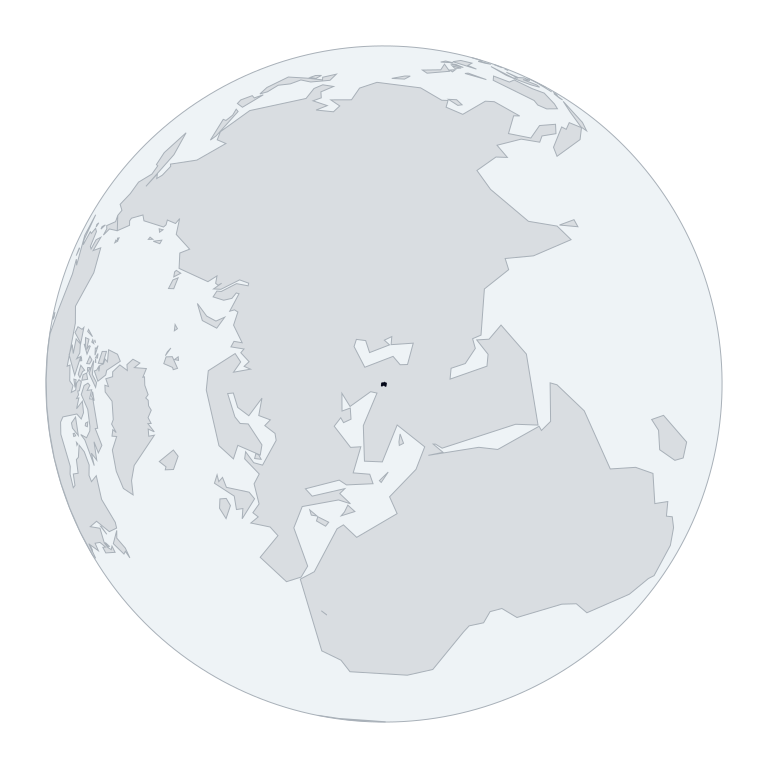 the Earth from above Shirak, rotated 284°
{"feature_id": "ARM-1555", "entity_name": "Shirak", "entity_type": "Province", "adm_level": 1, "iso_a3": "ARM", "parent_name": "Armenia", "parent_adm1": "", "projection": "orthographic", "projection_center": [43.928, 40.787], "detail": "fine", "context": "on_globe", "style": "filled", "palette": "ink", "viewbox_px": 768, "rotation_deg": 284, "n_neighbors": 0, "source": "natural_earth", "source_scale": "10m", "svg_char_len": 11443}
<svg xmlns="http://www.w3.org/2000/svg" viewBox="0 0 768 768"><g transform="rotate(284 384 384)"><circle cx="384" cy="384" r="338" fill="#eef3f6" stroke="#a8b0b8"/><path d="M332.4,50.0L333.3,49.9L345.0,48.5L351.9,47.8L377.8,50.2L415.5,55.1L430.7,55.3L424.8,57.0L455.9,57.7L478.5,63.3L450.9,58.0L446.4,58.5L460.7,62.2L459.3,63.6L465.3,66.5L462.3,68.1L446.4,65.8L444.2,67.1L454.4,69.8L457.9,73.8L443.1,69.5L447.6,76.2L421.8,75.5L384.9,65.8L368.4,69.8L324.6,72.3L326.4,74.7L311.0,78.3L307.3,82.6L300.2,82.6L303.5,86.3L310.6,85.5L314.4,87.0L313.0,89.8L303.7,90.0L303.1,88.6L299.5,90.2L295.5,89.2L296.7,91.3L285.6,91.7L294.3,95.5L283.5,99.4L276.8,98.7L280.6,93.2L274.4,80.4L268.8,79.4L257.0,82.6L228.2,99.5L220.6,101.2L208.2,107.6L210.8,108.7L221.5,104.3L223.4,108.8L236.3,103.8L238.9,105.2L250.9,103.0L245.7,109.6L234.1,117.5L223.9,119.9L218.5,123.8L225.4,127.0L203.7,137.9L184.8,156.7L179.5,159.4L174.3,153.2L181.3,138.3L174.5,133.5L175.3,143.3L162.2,151.0L158.6,155.5L157.3,159.4L160.9,159.3L155.6,163.8L152.8,154.9L157.5,150.7L158.4,153.3L161.6,146.7L159.6,142.2L153.1,147.2L157.0,137.5L152.4,141.2L150.6,141.7L157.7,136.2L145.1,146.4L147.2,142.9L166.7,125.2L187.5,109.1L209.5,94.6L232.5,81.9L256.5,71.1L281.2,62.1L306.6,55.1L332.4,50.0ZM46.5,400.0L48.4,420.2L53.6,449.7L56.3,465.4L56.5,467.3L49.8,433.9L46.5,400.0ZM336.6,49.4L343.8,48.5L355.3,47.5L345.3,48.4L335.4,49.6L336.6,49.4ZM374.2,47.3L369.1,47.7L366.3,47.0L370.1,47.0L374.2,47.3ZM442.0,55.8L434.1,54.3L442.2,55.4L442.0,55.8ZM466.7,66.7L469.4,66.8L471.4,68.3L466.7,66.7ZM253.0,99.7L251.9,101.3L250.3,100.9L253.0,99.7ZM259.2,97.4L258.0,95.7L260.7,94.4L261.4,95.5L259.2,97.4ZM468.6,72.4L471.0,75.2L465.8,71.9L468.6,72.4ZM260.0,99.9L265.8,92.4L270.6,90.2L277.3,92.7L260.0,99.9ZM470.6,76.6L476.6,84.3L483.2,84.9L468.2,88.1L468.0,80.1L460.6,75.7L467.5,77.5L470.6,76.6ZM313.6,84.2L305.9,85.0L313.7,81.9L313.6,84.2ZM317.6,81.8L336.2,71.4L346.8,72.0L338.4,75.1L353.3,74.4L349.4,79.7L340.4,81.3L334.2,79.7L337.4,83.1L317.6,81.8ZM458.9,89.1L458.0,90.9L455.9,88.6L458.9,89.1ZM316.6,87.4L319.4,85.0L328.8,85.3L324.9,90.2L323.1,88.5L316.6,87.4ZM359.2,71.8L365.5,73.2L364.0,77.8L366.3,79.1L350.2,79.9L359.2,71.8ZM320.2,89.8L322.7,92.7L316.9,95.3L314.5,89.9L320.2,89.8ZM332.9,83.4L337.2,83.8L333.5,85.1L332.9,83.4ZM297.7,106.8L300.9,103.4L306.1,103.1L297.7,106.8ZM324.0,93.7L326.0,92.8L328.4,92.5L328.8,95.0L324.0,93.7ZM350.4,83.3L348.4,85.1L356.8,83.2L356.1,86.9L345.5,87.0L349.8,88.6L349.6,89.8L341.2,88.6L350.4,83.3ZM336.4,96.6L322.7,98.7L315.7,104.8L310.9,105.0L323.0,95.3L336.4,96.6ZM339.9,91.9L336.7,94.8L332.3,93.4L331.9,90.6L339.9,91.9ZM359.4,89.7L363.3,83.8L365.5,84.1L359.4,89.7ZM335.2,98.6L338.6,98.1L335.2,99.1L335.2,98.6ZM353.0,92.6L354.0,90.3L356.5,90.7L353.0,92.6ZM344.4,99.1L339.9,99.7L339.5,97.7L344.4,99.1ZM349.0,96.3L352.1,97.3L342.0,96.6L349.1,95.2L349.0,96.3ZM355.1,93.2L356.9,92.7L354.3,94.1L355.1,93.2ZM348.5,106.8L335.9,106.4L335.0,101.8L347.4,102.7L348.5,106.8ZM107.1,477.1L96.6,420.6L105.6,409.1L110.0,388.2L174.4,350.0L185.0,361.8L232.2,373.5L237.5,378.7L228.6,394.6L261.4,428.1L275.9,416.7L308.9,435.7L332.9,438.7L347.4,406.7L308.0,401.2L304.4,383.7L338.6,374.0L373.5,379.4L373.3,372.9L354.0,356.5L364.8,345.4L347.6,349.8L352.5,357.1L341.9,360.5L336.7,354.1L340.8,350.2L331.0,345.9L314.4,366.9L317.5,376.7L290.3,375.6L293.0,392.0L284.6,397.5L277.0,372.0L279.9,363.8L263.3,333.1L257.8,341.4L273.0,371.3L267.0,367.6L259.7,380.4L260.5,367.9L245.3,334.3L222.6,331.3L188.8,354.0L176.6,350.3L168.6,337.2L185.9,305.8L211.2,317.8L217.7,308.1L216.9,288.4L224.6,294.1L227.4,287.9L237.4,291.8L255.7,282.1L266.5,284.7L277.7,266.9L284.8,266.1L276.1,276.6L275.9,285.8L303.2,293.0L309.7,290.2L314.8,278.4L321.7,282.4L323.1,270.1L340.8,269.0L320.5,260.5L325.9,247.7L338.8,240.0L336.9,234.6L316.0,247.3L310.9,254.0L312.4,261.9L295.4,280.3L285.1,281.1L289.1,257.0L274.9,256.0L284.2,238.8L335.2,213.0L354.4,210.3L377.5,232.2L370.7,239.6L359.0,235.1L366.1,250.9L367.3,244.0L373.0,247.7L379.7,237.5L384.1,239.7L383.0,226.5L389.1,228.1L389.7,236.4L404.7,223.8L418.5,224.8L419.8,221.0L417.3,216.7L436.5,221.5L436.6,218.6L430.3,215.7L426.5,208.2L427.2,197.1L433.8,199.4L434.4,203.7L445.7,216.6L446.4,228.4L449.1,228.3L450.1,218.7L436.4,202.8L435.0,195.6L442.5,202.1L439.7,199.1L441.0,196.3L448.5,195.8L440.7,188.4L446.6,157.2L461.7,154.2L467.8,162.8L478.9,146.2L495.1,145.7L489.3,142.9L490.7,134.1L485.7,134.0L483.0,132.1L484.3,111.6L489.7,109.2L483.8,98.9L480.8,97.7L476.4,98.7L468.2,88.1L483.2,84.9L489.1,87.7L494.5,84.5L507.4,91.8L520.5,97.0L531.5,108.0L540.9,111.7L541.9,110.1L555.4,114.8L579.9,131.2L555.7,124.7L518.2,105.2L533.1,113.3L528.4,113.8L533.0,118.4L543.6,124.4L545.7,123.6L556.0,148.3L579.1,172.4L580.6,163.1L589.2,164.2L616.8,187.6L642.2,239.3L653.8,244.6L659.5,252.2L660.5,263.1L652.2,252.1L646.5,253.9L641.6,246.6L640.4,261.6L633.4,251.8L635.9,269.1L643.1,273.8L646.8,263.6L651.9,283.7L665.2,288.7L675.0,304.2L680.2,347.9L673.3,371.4L674.6,377.5L667.6,377.3L664.7,395.2L682.9,413.9L684.6,422.7L676.9,450.8L675.6,444.9L657.1,444.2L658.2,467.0L672.4,472.4L677.5,487.6L668.5,490.3L662.9,477.3L656.3,476.6L654.8,457.9L643.0,435.9L633.7,448.9L631.3,437.7L613.7,422.5L598.6,440.3L576.8,484.8L579.1,513.8L569.3,530.6L544.5,498.0L535.1,471.2L525.1,477.3L500.5,458.4L454.9,466.3L449.4,459.0L440.6,464.0L423.5,457.9L415.5,445.3L404.7,446.9L426.2,479.6L438.0,477.8L449.2,463.3L452.9,475.1L469.5,483.3L447.5,514.9L381.4,543.4L376.8,521.5L335.8,455.9L338.1,448.6L338.0,447.8L337.6,446.2L332.0,457.8L325.5,444.3L345.5,491.3L348.0,510.2L380.5,544.7L377.0,548.0L388.0,554.7L425.3,544.9L425.1,552.0L406.4,584.8L356.3,624.1L364.0,648.3L362.3,666.6L333.5,675.7L338.6,687.8L324.1,690.0L324.9,695.8L314.7,699.7L296.7,700.9L263.4,692.4L259.2,687.6L239.4,672.9L211.1,636.2L217.3,623.8L213.4,609.8L189.6,569.5L194.7,552.7L188.8,542.0L176.4,538.4L169.9,525.1L162.6,521.1L118.8,500.4L107.1,477.1ZM148.8,378.0L146.3,384.0L146.2,384.0L148.8,378.0ZM408.6,402.1L430.7,402.5L423.9,381.4L431.9,380.1L426.6,373.7L423.3,379.9L411.0,362.4L421.7,355.7L420.6,346.4L413.1,345.9L395.6,361.3L413.0,386.1L406.6,395.0L408.6,402.1ZM162.4,151.5L162.5,152.4L160.1,156.8L159.2,155.7L162.4,151.5ZM162.2,172.7L153.8,179.5L159.1,173.5L156.1,172.8L163.6,160.0L177.3,160.1L169.8,162.0L162.2,172.7ZM177.4,144.0L171.1,151.4L177.4,143.4L177.4,144.0ZM232.8,252.6L234.8,258.6L228.9,264.4L215.2,263.3L223.6,254.5L232.8,252.6ZM239.0,265.8L246.7,243.5L255.5,244.0L249.3,247.3L254.3,249.9L245.6,256.1L246.4,279.3L241.3,286.2L218.9,279.0L229.0,277.2L226.5,271.2L239.0,265.8ZM250.9,192.5L254.4,184.7L269.0,195.6L264.1,201.7L250.1,200.4L247.8,192.5L250.9,192.5ZM270.8,106.5L271.2,104.2L273.8,103.9L275.5,105.7L270.8,106.5ZM298.8,105.2L271.8,116.9L270.9,114.6L256.2,125.1L248.1,123.5L257.8,116.6L240.6,123.7L246.1,116.8L234.7,122.6L257.3,107.3L261.6,102.0L259.9,108.4L267.3,109.9L271.8,108.9L287.7,102.7L300.6,92.8L310.0,93.4L313.2,96.5L311.5,98.9L306.0,97.6L307.7,101.8L298.4,101.9L298.8,105.2ZM345.3,142.1L339.5,137.8L341.5,149.7L332.2,148.4L333.0,149.9L324.9,152.2L316.6,157.7L312.8,156.2L311.2,159.1L305.8,160.9L302.3,164.5L294.3,163.2L289.4,167.6L288.4,164.5L282.0,172.7L283.2,166.1L276.4,168.4L278.8,173.6L244.5,161.3L229.2,162.4L215.7,167.4L219.6,156.4L234.6,145.3L254.2,136.4L268.4,137.3L267.6,132.7L274.1,131.9L272.1,135.9L279.2,129.4L284.0,129.9L301.5,124.3L308.8,115.4L315.3,113.5L314.9,117.3L321.8,112.8L325.4,118.9L330.2,117.8L338.6,123.1L335.0,131.7L340.6,129.9L347.3,134.4L345.3,142.1ZM350.6,108.5L348.4,118.2L342.3,122.6L330.2,111.6L325.4,111.8L317.5,105.7L326.6,99.8L328.0,101.9L331.5,102.8L327.3,104.3L333.3,103.7L335.5,106.9L340.7,107.4L338.6,110.3L350.6,108.5ZM245.7,374.3L250.2,376.6L257.7,378.2L253.2,386.6L245.7,374.3ZM234.8,351.6L239.2,351.9L236.5,363.8L231.9,361.7L234.8,351.6ZM243.9,342.4L239.7,351.0L239.2,345.2L243.9,342.4ZM280.4,276.5L285.4,276.5L285.0,279.5L281.2,283.0L280.4,276.5ZM349.2,179.9L346.9,176.0L348.9,174.9L350.5,165.4L357.6,166.0L359.3,172.0L349.2,179.9ZM339.4,411.7L331.2,417.3L328.1,413.7L331.5,412.5L339.4,411.7ZM289.1,402.9L299.6,409.4L287.8,405.1L289.1,402.9ZM357.2,178.9L357.0,174.8L360.6,177.7L357.2,178.9ZM362.8,166.0L367.4,168.5L358.6,165.0L362.8,166.0ZM421.2,662.8L400.9,691.7L384.6,692.2L380.3,684.7L386.9,667.4L405.5,661.6L414.3,652.3L421.2,662.8ZM705.9,482.7L708.1,477.8L707.7,479.1L705.9,482.7ZM703.9,484.9L706.9,478.5L702.8,488.6L703.9,484.9ZM708.0,476.0L711.0,466.7L712.4,461.8L711.7,464.8L708.0,476.0ZM701.6,489.5L685.8,513.3L678.7,519.3L681.1,512.9L692.7,499.1L701.6,489.5ZM680.5,513.6L668.6,515.1L646.8,496.8L654.7,491.2L676.4,494.2L675.2,499.2L682.4,500.5L680.5,513.6ZM706.4,456.5L705.0,469.1L697.0,481.6L693.0,485.7L690.3,475.3L691.9,465.7L695.4,461.1L705.1,416.5L709.3,415.8L707.3,432.6L710.5,436.8L706.4,456.5ZM580.7,515.8L589.4,528.6L583.5,534.1L580.7,515.8ZM706.0,390.5L704.1,409.7L704.9,387.4L706.0,390.5ZM704.6,372.0L706.2,377.2L703.4,374.9L704.6,372.0ZM677.4,385.7L673.8,392.2L672.2,388.2L675.8,377.6L677.4,385.7ZM682.4,317.6L687.9,329.8L689.1,335.0L684.8,330.1L682.4,317.6ZM417.0,183.4L407.0,195.5L404.4,205.7L410.3,213.3L397.7,208.2L401.6,192.4L417.0,183.4ZM442.3,160.0L437.1,154.1L442.1,153.7L444.0,155.0L442.3,160.0ZM437.2,158.5L425.6,156.9L424.5,151.8L433.9,154.0L437.2,158.5ZM391.2,166.9L387.7,170.2L384.9,167.7L391.2,166.9ZM714.6,453.9L711.0,469.0L715.0,451.8L715.5,449.3L714.6,453.9ZM721.7,397.3L721.3,401.3L721.9,390.3L721.7,397.3ZM719.0,424.6L718.6,428.0L718.2,428.6L719.0,424.6ZM720.6,413.8L719.5,422.3L719.8,418.9L720.6,413.5L720.6,413.8ZM712.2,435.4L713.2,439.9L716.1,427.3L713.8,440.0L714.9,446.0L713.8,452.2L713.0,445.2L711.1,459.9L709.6,463.2L709.8,454.2L711.7,437.1L713.1,428.0L717.9,411.0L712.2,435.4ZM720.1,410.4L719.7,404.6L719.8,397.3L720.4,399.1L720.1,410.4ZM716.6,391.7L713.4,388.3L711.9,397.5L713.4,372.8L716.5,380.2L716.6,391.7ZM711.5,375.9L710.3,384.4L710.6,371.2L711.5,375.9ZM709.2,382.5L707.4,376.4L709.2,373.2L709.2,382.5ZM712.4,373.4L710.1,361.1L712.3,365.7L712.4,373.4ZM702.6,363.1L709.0,365.3L703.3,372.0L696.0,350.6L697.9,345.3L702.6,363.1ZM668.3,248.7L663.9,243.9L663.6,238.1L666.8,243.0L668.3,248.7ZM658.7,216.9L662.1,235.1L664.2,250.8L666.8,250.3L673.1,262.8L665.6,258.1L659.3,239.8L658.9,229.8L652.5,220.4L648.3,209.1L639.3,200.2L635.4,193.4L643.4,198.7L658.7,216.9ZM635.4,196.9L618.3,179.7L620.7,173.9L625.0,176.3L631.9,186.4L630.2,188.9L635.4,196.9ZM614.9,174.1L613.1,176.5L584.1,161.1L578.6,156.5L601.9,164.0L601.5,166.9L608.2,172.1L614.9,174.1ZM461.7,91.6L458.3,90.9L461.0,90.1L461.7,91.6ZM480.2,132.3L477.0,129.5L480.2,128.3L480.2,132.3ZM469.9,121.5L468.5,124.7L467.3,120.3L469.9,121.5ZM465.9,132.5L466.7,125.6L469.8,133.6L465.9,132.5Z" fill="#d9dde1" stroke="#a8b0b8" stroke-width="1"/><path d="M383.1,382.1L383.3,382.1L383.5,381.9L384.1,381.8L384.2,382.2L384.2,382.3L384.3,382.3L384.5,382.6L384.7,382.8L384.6,383.0L384.8,383.0L384.8,383.3L384.7,383.5L384.5,383.4L384.5,383.5L384.4,383.7L384.4,383.8L384.5,383.9L384.5,384.0L384.8,384.2L384.8,384.3L385.1,384.3L384.9,384.6L384.7,384.8L384.8,385.0L385.0,385.2L385.2,385.3L385.1,385.5L385.1,385.8L384.9,385.8L384.7,385.9L384.6,386.0L384.5,385.9L384.4,385.8L384.2,385.8L383.9,385.9L383.7,385.8L383.6,385.7L383.4,385.7L383.3,385.8L383.2,385.8L383.0,386.0L382.9,386.0L382.7,386.2L382.4,385.9L382.5,385.6L382.8,385.5L382.8,385.4L383.0,385.0L383.0,384.9L383.1,384.7L383.1,384.2L382.8,383.7L382.8,383.4L382.8,383.2L382.7,383.1L382.4,382.8L382.2,382.7L381.9,382.6L381.8,382.4L381.8,382.2L382.0,382.1L382.4,382.0L383.1,382.1Z" fill="#0f172a" stroke="#020617" stroke-width="1.5"/></g></svg>